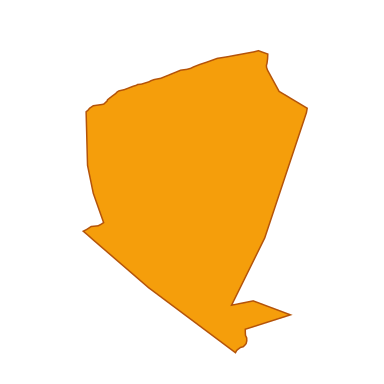 San Juan del Estado, Oaxaca, Mexico, rotated 190°
{"feature_id": "50627088B28332603563682", "entity_name": "San Juan del Estado", "entity_type": "district", "adm_level": 2, "iso_a3": "MEX", "parent_name": "Mexico", "parent_adm1": "Oaxaca", "projection": "robinson", "projection_center": [-96.772, 17.333], "detail": "fine", "context": "isolated", "style": "filled", "palette": "amber", "viewbox_px": 384, "rotation_deg": 190, "n_neighbors": 0, "source": "geoboundaries", "source_scale": "gbopen_adm2", "svg_char_len": 1025}
<svg xmlns="http://www.w3.org/2000/svg" viewBox="0 0 384 384"><g transform="rotate(190 192 192)"><path d="M218.1,90.2L121.3,41.3L120.6,43.4L120.0,44.4L118.8,45.7L117.3,47.3L114.7,48.5L113.4,50.3L112.4,52.1L112.2,54.9L112.8,57.8L114.4,60.0L115.1,62.9L115.7,66.1L73.8,88.1L112.8,95.4L115.9,94.2L133.4,87.4L112.4,159.4L93.1,290.0L93.1,294.5L123.7,306.2L138.8,325.1L140.2,327.6L140.7,329.5L140.5,331.9L140.7,336.2L141.3,341.0L147.2,342.0L151.1,342.7L155.5,340.7L181.8,330.9L189.7,328.2L190.3,328.0L200.4,322.2L206.4,319.0L212.3,315.4L214.7,313.6L218.3,311.9L224.3,310.0L242.4,298.6L248.9,296.1L251.7,294.5L253.4,293.1L260.6,289.4L264.3,288.4L265.3,287.4L268.2,286.0L276.3,281.1L281.5,278.9L283.1,277.5L284.2,275.8L288.9,270.8L291.2,268.1L291.4,266.9L294.2,263.2L296.3,262.4L304.2,259.8L307.4,256.7L308.6,254.5L310.2,252.6L299.5,200.1L289.0,173.6L273.7,146.5L274.7,145.6L275.8,144.5L278.6,142.4L285.3,140.5L289.1,136.9L292.3,134.5L288.5,132.3L279.5,126.8L218.1,90.2Z" fill="#f59e0b" stroke="#b45309" stroke-width="1.5"/></g></svg>